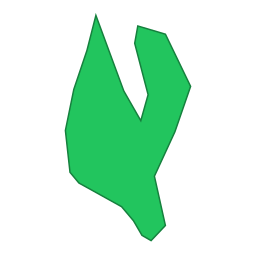 SVG path tracing the border of Lumparland
{"feature_id": "ALD-4819", "entity_name": "Lumparland", "entity_type": "state/province", "adm_level": 1, "iso_a3": "ALA", "parent_name": "Aland", "parent_adm1": "", "projection": "mercator", "projection_center": [20.249, 60.105], "detail": "fine", "context": "isolated", "style": "filled", "palette": "green", "viewbox_px": 256, "rotation_deg": 0, "n_neighbors": 0, "source": "natural_earth", "source_scale": "10m", "svg_char_len": 368}
<svg xmlns="http://www.w3.org/2000/svg" viewBox="0 0 256 256"><path d="M165.4,34.2L190.6,86.4L174.9,131.8L154.4,176.2L165.4,225.5L151.1,240.6L142.0,235.4L133.5,220.8L121.6,206.7L78.9,183.0L70.0,172.3L65.4,130.5L73.8,89.4L86.9,50.6L95.9,15.4L123.8,91.0L140.8,120.7L148.1,94.7L134.7,43.3L137.8,26.0L165.4,34.2Z" fill="#22c55e" stroke="#15803d" stroke-width="1.5"/></svg>